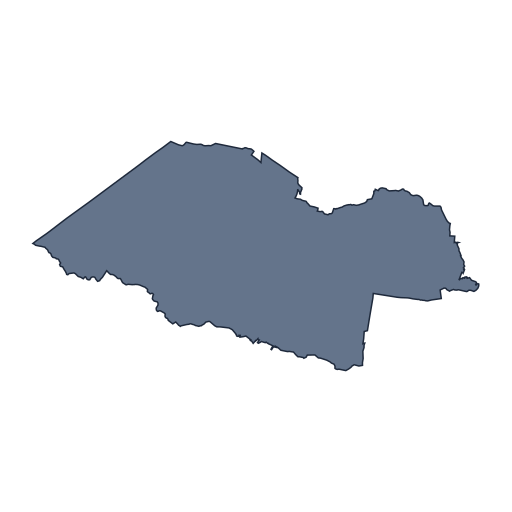 the district of Cacahoatán, Chiapas, Mexico, rotated 271°
{"feature_id": "50627088B46673290590082", "entity_name": "Cacahoatán", "entity_type": "district", "adm_level": 2, "iso_a3": "MEX", "parent_name": "Mexico", "parent_adm1": "Chiapas", "projection": "orthographic", "projection_center": [-92.167, 15.088], "detail": "fine", "context": "isolated", "style": "filled", "palette": "slate", "viewbox_px": 512, "rotation_deg": 271, "n_neighbors": 0, "source": "geoboundaries", "source_scale": "gbopen_adm2", "svg_char_len": 6101}
<svg xmlns="http://www.w3.org/2000/svg" viewBox="0 0 512 512"><g transform="rotate(271 256 256)"><path d="M291.9,449.7L292.2,448.7L293.9,446.8L296.3,445.3L305.3,440.7L308.0,440.1L309.1,439.1L309.0,433.7L309.4,431.9L310.6,430.5L312.0,428.5L311.7,427.9L310.7,427.5L309.8,427.3L309.4,426.8L309.3,425.0L309.5,423.5L310.4,422.7L315.0,421.9L316.9,420.6L318.7,418.4L319.4,416.7L319.6,415.4L319.1,412.4L319.3,411.2L320.1,409.6L322.0,408.2L323.4,405.7L323.6,404.2L324.3,403.1L325.4,402.4L325.5,401.2L324.2,399.2L323.8,397.9L323.4,397.5L324.0,394.4L323.8,393.2L323.4,388.1L324.3,386.0L325.4,384.8L325.6,384.8L326.3,381.0L326.0,379.4L325.8,379.0L325.0,377.9L324.5,377.9L324.4,377.6L323.5,377.0L324.8,374.1L323.2,373.7L322.8,372.7L320.4,372.7L315.2,370.8L314.3,366.4L312.4,365.7L310.9,363.7L309.5,359.5L308.9,358.0L308.4,355.4L309.0,352.6L308.5,351.0L309.1,350.1L309.2,349.7L308.9,348.7L308.9,347.7L308.6,346.8L308.7,346.4L307.6,343.1L306.3,341.1L306.1,340.0L304.7,336.2L304.8,335.5L304.3,334.9L304.7,334.0L304.7,332.9L300.6,331.6L299.9,331.0L299.6,330.3L299.5,328.7L299.2,328.2L298.5,327.3L299.3,323.7L300.1,323.1L300.7,322.5L301.4,322.1L301.7,321.7L301.8,320.9L301.5,320.3L301.6,318.6L302.0,316.5L303.4,317.0L304.9,317.2L306.1,313.4L306.9,309.1L309.7,306.6L310.2,305.9L311.1,305.5L311.6,305.0L312.2,302.2L312.7,300.7L313.5,299.6L313.9,296.2L314.7,294.0L316.8,295.1L318.6,295.8L320.7,296.3L323.6,296.6L322.6,296.9L320.8,298.4L318.9,298.6L318.6,299.4L320.9,299.5L322.1,300.2L323.0,300.3L323.8,300.8L324.7,300.5L325.1,300.7L327.9,297.6L329.2,296.7L330.3,296.5L332.3,296.6L334.1,296.3L335.0,296.6L340.7,287.6L346.9,278.7L352.0,270.8L357.0,263.6L359.1,260.1L349.5,259.3L351.9,256.6L356.9,249.6L360.6,252.1L361.1,251.6L362.8,249.5L363.1,248.0L363.2,246.2L363.9,244.5L364.1,243.1L363.2,241.3L363.2,240.8L362.8,240.5L367.8,213.6L365.5,209.0L365.6,206.5L365.3,203.2L365.6,201.4L366.2,200.5L366.7,199.3L366.8,198.4L366.5,194.9L366.9,191.6L368.5,184.6L368.3,184.0L366.1,182.2L365.1,180.8L365.0,180.1L365.8,176.6L369.0,168.8L362.9,161.0L357.6,153.7L350.3,144.2L344.7,137.2L306.6,87.7L290.8,66.6L274.9,46.5L267.4,36.1L264.6,32.7L263.9,34.2L262.9,35.4L262.1,39.4L262.0,40.7L261.0,45.0L260.2,45.5L259.0,47.0L258.1,47.8L256.7,48.3L255.7,49.0L255.6,49.8L254.4,51.0L252.8,51.5L252.2,51.9L251.1,52.9L250.6,55.4L250.2,56.1L249.7,56.4L249.6,57.7L249.3,58.5L248.1,59.3L247.2,59.6L245.6,60.8L244.1,59.8L242.3,60.6L241.8,62.9L239.2,64.4L237.3,65.7L235.4,66.7L234.3,67.0L234.1,67.5L234.0,68.2L234.7,68.8L235.2,69.6L235.9,74.2L235.2,75.7L232.4,78.6L231.7,81.2L230.2,83.7L231.9,85.1L232.2,85.7L231.9,86.2L229.9,87.4L229.4,88.3L229.2,89.4L229.4,90.2L231.7,91.6L232.3,93.1L232.2,94.1L231.9,95.2L231.2,95.7L230.3,96.1L227.9,98.1L228.6,100.1L230.0,100.9L232.0,102.8L238.7,107.0L236.3,109.3L235.0,110.9L235.0,112.6L234.6,114.0L233.0,116.3L231.7,117.5L231.0,118.6L231.1,120.7L230.3,121.3L227.5,122.8L226.9,123.3L224.9,126.6L225.5,128.8L225.2,132.5L225.3,134.9L225.5,135.5L225.4,138.2L225.0,140.1L223.4,144.0L223.0,145.4L220.7,148.2L218.6,148.0L218.1,148.5L217.1,150.0L216.5,150.5L216.3,151.3L216.8,152.1L216.8,153.3L215.5,154.2L214.8,153.7L211.5,153.1L210.7,153.5L209.2,154.9L208.4,158.1L207.5,158.7L206.5,158.9L205.1,158.8L202.2,157.1L200.3,157.3L198.9,158.4L199.1,159.5L199.6,160.3L199.5,161.4L197.8,164.6L197.2,165.6L196.3,166.3L195.7,166.1L194.1,166.1L193.0,166.6L192.3,167.6L192.1,168.4L191.2,169.1L190.1,169.4L186.7,174.0L188.6,176.9L186.8,178.7L185.4,179.9L185.0,180.8L184.3,181.5L184.9,182.4L186.3,188.0L186.6,190.2L187.0,190.9L187.1,192.0L186.5,193.8L186.1,195.5L185.4,196.7L185.3,197.5L184.7,200.1L185.1,201.0L185.4,202.8L186.2,203.5L186.8,204.9L189.1,207.1L189.8,210.0L189.6,211.1L185.5,216.0L184.5,218.0L184.5,221.5L183.6,230.3L181.9,233.6L178.0,237.0L177.6,237.1L177.2,237.7L176.0,237.9L175.6,238.2L175.3,239.5L175.6,240.5L176.4,240.4L176.4,241.6L174.6,241.4L175.1,244.6L175.8,247.3L172.3,252.0L172.1,251.5L171.4,251.9L170.8,253.2L168.6,254.7L170.7,256.5L170.8,256.9L171.5,257.1L171.4,257.5L171.6,257.9L173.4,259.4L173.0,259.5L172.5,259.3L172.1,260.7L169.4,259.0L168.8,259.9L169.6,261.5L170.6,262.9L169.5,266.8L170.1,267.6L168.8,269.3L168.9,269.8L168.2,270.4L168.0,271.1L166.5,274.5L163.0,272.6L162.6,273.2L165.5,275.0L165.3,275.6L165.6,275.9L165.4,276.2L165.0,277.8L165.9,277.4L164.7,279.7L162.2,282.5L161.0,289.0L161.0,289.7L161.2,290.8L160.6,295.2L158.1,297.4L156.0,299.6L156.0,301.3L155.3,305.1L154.6,305.6L155.7,307.9L157.8,309.0L158.1,316.6L155.2,320.1L155.0,322.3L153.1,328.5L151.3,332.1L150.3,333.2L149.2,335.9L147.7,336.7L147.1,336.9L145.1,336.9L144.6,337.4L144.0,339.2L144.3,340.9L143.0,347.8L144.7,350.7L145.9,352.3L146.9,353.4L148.0,354.2L148.1,354.7L149.0,356.0L147.8,360.8L148.5,364.4L151.3,364.3L155.3,364.9L162.7,364.5L166.3,365.6L168.7,365.6L170.8,366.3L170.7,365.6L170.2,364.4L175.0,365.1L182.4,365.5L183.3,368.7L198.5,370.9L216.1,373.6L220.6,373.9L217.2,398.0L216.9,401.7L216.8,408.0L216.6,410.0L215.9,413.7L215.4,418.3L215.4,419.8L214.8,421.2L214.9,422.4L214.6,423.7L214.6,425.1L214.2,426.6L214.1,428.5L215.1,432.2L216.7,442.0L225.2,440.7L227.1,444.4L227.2,445.6L226.8,446.6L225.8,447.2L224.2,450.2L224.7,450.8L226.0,454.0L225.5,455.4L225.4,457.1L225.5,457.9L225.8,458.6L225.7,459.4L224.1,467.1L224.3,467.9L225.4,469.3L225.5,470.1L225.4,471.5L224.4,474.5L225.5,476.4L227.5,478.3L229.5,479.1L231.0,479.3L232.0,479.1L232.1,477.6L230.8,476.5L231.3,476.1L232.6,476.9L233.3,476.9L233.6,476.7L234.2,475.9L235.5,471.9L238.1,469.9L237.3,467.5L238.4,466.9L238.6,467.2L238.8,467.0L238.7,465.9L238.4,464.9L238.0,464.7L237.5,465.0L237.3,464.6L237.8,463.8L237.9,463.4L237.7,462.9L236.9,462.6L237.1,461.5L237.0,460.8L235.8,459.9L236.0,459.5L243.3,462.1L243.2,462.6L242.8,463.2L242.4,463.4L245.9,464.7L246.1,463.9L247.3,464.3L247.8,463.6L248.8,464.2L249.5,464.8L251.1,463.8L253.7,464.1L255.9,462.9L257.3,461.7L259.7,460.5L259.9,461.0L263.2,459.7L264.4,459.0L265.5,458.8L266.8,458.8L270.1,457.2L271.5,457.0L272.0,456.3L272.4,456.7L273.0,458.3L273.2,457.3L272.6,456.1L273.3,455.5L272.9,454.0L279.3,454.4L279.5,449.4L283.1,449.6L285.6,449.0L289.7,449.3L291.9,449.7Z" fill="#64748b" stroke="#1e293b" stroke-width="1.5"/></g></svg>